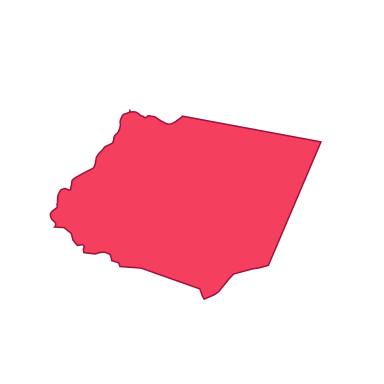 Motete, Choiseul, Saint Lucia (orthographic projection), rotated 61°
{"feature_id": "8701671B26969099511197", "entity_name": "Motete", "entity_type": "district", "adm_level": 2, "iso_a3": "LCA", "parent_name": "Saint Lucia", "parent_adm1": "Choiseul", "projection": "orthographic", "projection_center": [-61.026, 13.814], "detail": "fine", "context": "isolated", "style": "filled", "palette": "rose", "viewbox_px": 384, "rotation_deg": 61, "n_neighbors": 0, "source": "geoboundaries", "source_scale": "gbopen_adm2", "svg_char_len": 6098}
<svg xmlns="http://www.w3.org/2000/svg" viewBox="0 0 384 384"><g transform="rotate(61 192 192)"><path d="M210.7,54.9L121.0,163.6L121.5,164.9L121.6,165.4L121.6,165.8L121.7,166.2L121.8,166.6L121.9,167.3L122.0,167.9L122.0,168.3L122.0,168.7L122.1,169.1L122.1,169.5L122.2,170.0L122.2,170.6L122.3,171.1L122.4,171.5L122.4,172.1L122.5,172.8L122.5,173.5L122.5,174.1L122.5,174.5L122.5,174.9L122.5,175.2L122.5,175.6L122.5,176.0L122.5,176.4L122.4,176.7L122.3,177.1L122.2,177.5L122.1,177.8L122.0,178.1L121.7,178.8L121.5,179.2L121.3,179.6L121.0,179.9L120.5,180.6L120.2,180.9L119.6,181.4L119.3,181.7L119.1,181.8L118.5,182.2L118.1,182.4L117.5,182.8L117.2,183.0L116.9,183.2L116.2,183.7L115.8,184.0L115.4,184.2L114.8,184.6L114.5,184.8L114.2,184.9L113.9,185.1L113.5,185.3L113.2,185.5L112.8,185.7L112.6,185.8L112.1,186.1L111.3,186.5L111.0,186.6L110.6,186.7L110.2,186.9L109.8,187.1L109.5,187.3L109.1,187.5L108.9,187.7L108.5,188.0L108.2,188.1L107.9,188.4L107.6,188.8L107.1,189.4L106.9,189.7L106.7,190.0L106.5,190.3L106.2,190.7L106.0,191.0L105.7,191.3L105.4,191.5L105.1,191.8L104.9,192.1L104.6,192.4L104.5,192.7L104.3,192.9L104.2,193.3L104.2,193.7L104.2,194.3L104.2,194.6L104.3,195.0L104.5,195.4L104.5,195.8L104.5,196.3L104.4,196.7L104.1,197.1L103.9,197.4L103.6,197.6L103.3,197.7L102.9,197.6L102.6,197.7L102.3,197.9L102.0,198.2L101.7,198.5L101.3,198.9L101.0,199.2L100.7,199.4L100.5,199.6L100.3,199.7L99.9,200.0L99.7,200.1L99.4,200.2L99.0,200.3L98.7,200.4L98.3,200.6L97.9,200.7L97.5,200.8L97.1,201.0L96.7,201.2L96.0,201.6L95.4,202.0L94.9,202.5L94.6,202.7L94.3,203.1L94.0,203.4L93.8,203.8L93.6,204.1L93.4,204.4L93.2,204.8L93.1,205.2L92.9,205.6L92.8,205.9L92.6,206.3L92.5,206.6L90.8,206.9L91.9,207.8L91.4,212.3L90.9,213.5L91.0,214.0L91.1,214.8L91.2,215.1L91.4,215.5L91.5,215.9L91.7,216.2L91.9,216.6L92.1,216.9L92.3,217.1L92.5,217.4L92.8,217.7L93.0,218.0L93.3,218.3L93.7,219.0L94.1,219.4L94.4,219.7L94.6,219.9L95.2,220.4L95.6,220.8L96.0,221.0L96.4,221.2L97.1,221.5L97.5,221.6L98.2,221.8L98.5,222.1L98.8,222.3L99.1,222.5L99.3,222.7L99.9,223.1L100.2,223.4L100.8,223.9L101.1,224.2L101.4,224.5L101.6,224.8L102.0,225.0L102.2,225.3L102.4,225.7L102.6,226.0L102.8,226.3L103.4,227.0L103.6,227.3L103.8,227.6L104.0,227.9L104.1,228.3L104.2,228.7L104.3,229.0L104.4,229.4L104.5,229.9L104.7,230.2L104.8,231.0L105.0,231.6L105.1,232.0L105.4,232.4L105.7,233.0L106.0,233.3L106.3,233.6L106.9,234.3L107.3,234.5L107.6,234.7L107.9,234.8L108.2,235.1L108.5,235.3L108.8,235.6L109.1,235.8L109.3,236.1L109.7,236.7L110.0,237.0L110.3,237.2L110.4,237.5L110.5,237.9L110.6,238.4L110.6,238.7L110.6,239.1L110.6,239.5L110.6,239.9L110.5,240.3L110.5,240.7L110.5,241.0L110.5,241.4L110.5,241.8L110.5,242.2L110.4,242.5L110.4,243.0L110.4,243.7L110.3,244.1L110.3,244.5L110.3,245.0L110.3,245.4L110.3,246.4L110.3,246.7L110.5,247.0L110.7,247.4L110.9,247.8L111.0,248.1L111.2,248.5L111.4,248.8L111.5,249.1L111.7,249.5L111.8,249.9L111.9,250.2L112.1,250.6L112.2,251.3L112.3,251.7L112.4,252.1L112.5,252.5L112.6,252.8L112.7,253.2L112.8,253.5L113.1,254.2L113.1,254.6L113.3,254.9L113.5,255.3L113.8,255.9L113.9,256.2L114.1,256.6L114.3,257.0L114.5,257.3L114.6,257.6L114.9,258.0L115.0,258.3L115.3,258.6L115.4,258.8L115.7,259.1L115.9,259.4L116.2,259.6L116.5,259.9L116.8,260.1L117.2,260.3L117.5,260.6L117.7,260.8L118.1,261.1L119.1,261.9L119.4,262.1L119.7,262.4L120.0,262.6L120.2,262.8L120.5,263.1L120.8,263.4L121.0,263.7L121.3,263.9L121.8,264.5L122.1,264.8L122.4,265.2L122.6,265.4L122.8,265.8L123.0,266.2L123.2,266.9L123.3,267.3L123.3,267.8L123.3,268.2L123.2,268.9L123.2,269.5L123.2,269.8L123.1,270.2L123.1,270.6L123.1,271.2L123.1,271.7L123.1,272.1L123.1,272.4L123.0,272.8L123.0,273.9L123.0,274.2L123.0,274.6L123.0,274.9L123.0,277.0L122.9,277.3L122.9,277.6L122.9,278.0L122.9,278.9L122.9,279.2L122.9,282.8L122.9,283.6L122.9,285.4L122.9,285.8L122.9,286.3L122.9,287.0L122.9,287.3L123.0,287.8L123.0,288.3L123.1,288.7L123.3,289.5L123.3,289.8L123.5,290.2L123.6,290.5L123.8,291.0L124.0,291.4L124.3,291.7L124.6,292.0L125.0,292.3L125.3,292.6L125.6,292.8L126.5,293.4L126.9,293.6L127.2,293.9L127.5,294.1L127.8,294.4L128.3,294.8L128.6,295.2L128.9,295.5L129.3,295.8L129.5,296.0L129.8,296.1L130.1,296.3L130.3,296.5L130.6,296.7L130.9,297.0L131.2,297.2L131.3,297.5L131.3,297.8L131.1,298.1L130.9,298.3L130.6,298.6L130.3,298.8L129.8,299.3L129.4,299.7L128.7,300.2L128.4,300.5L128.0,300.8L127.7,301.0L127.4,301.3L127.2,301.7L127.1,302.1L127.0,302.5L127.0,302.9L127.0,303.2L126.9,303.6L126.8,303.9L126.7,304.3L126.7,304.6L126.6,305.0L126.6,305.3L126.7,305.7L126.8,306.1L126.9,306.4L127.1,306.8L127.3,307.1L127.5,307.4L127.7,307.8L127.9,308.1L128.1,308.4L128.4,308.7L128.6,309.0L128.9,309.3L129.1,309.6L129.3,309.9L129.5,310.1L129.7,310.4L129.9,310.8L130.2,311.1L130.5,311.3L130.8,311.5L131.2,311.7L131.6,312.0L131.9,312.2L132.1,312.5L132.5,312.7L132.9,312.9L133.1,313.1L133.7,313.4L134.0,313.7L134.3,313.8L134.6,313.9L134.9,314.1L135.2,314.3L135.5,314.4L135.9,314.6L136.2,314.9L136.5,315.2L136.7,315.4L137.2,316.0L137.6,316.2L138.0,316.3L138.7,316.6L139.4,316.9L139.7,317.1L139.9,317.4L140.1,317.7L140.3,318.0L140.3,318.4L140.3,318.8L140.4,319.2L140.4,319.6L140.5,320.0L140.5,320.3L140.6,320.7L140.6,321.1L140.7,321.5L140.7,321.8L140.8,322.2L140.9,322.5L140.9,323.1L141.0,323.4L141.1,323.8L141.2,324.1L141.3,324.5L141.5,324.8L141.7,325.0L141.9,325.3L142.0,325.6L142.2,326.1L142.4,326.4L142.7,326.6L143.0,326.8L143.4,327.0L143.7,327.1L144.1,327.2L144.5,327.4L144.9,327.5L145.3,327.6L145.6,327.6L146.0,327.7L146.5,327.7L146.9,327.7L147.3,327.8L147.8,327.8L148.2,327.8L148.5,327.7L148.8,327.6L149.2,327.4L150.0,327.2L151.1,326.8L151.5,326.7L151.9,326.5L152.7,326.5L153.1,326.5L153.5,326.6L153.8,326.7L154.2,326.9L154.5,327.1L154.8,327.3L155.1,327.6L155.5,328.0L155.7,328.3L155.9,328.6L156.0,329.1L161.2,321.1L165.6,319.4L169.5,317.7L176.6,319.4L183.2,318.2L184.9,313.1L187.6,312.6L189.3,314.8L192.6,316.0L199.2,306.9L200.3,301.8L202.5,297.3L206.9,293.9L210.7,294.5L212.9,295.6L218.4,290.5L222.3,291.1L233.8,273.5L280.6,232.1L287.7,233.3L291.6,233.3L292.7,222.0L292.1,216.9L286.1,202.1L283.9,195.3L288.3,177.2L291.0,169.8L293.2,160.8L210.7,54.9Z" fill="#f43f5e" stroke="#9f1239" stroke-width="1.5"/></g></svg>